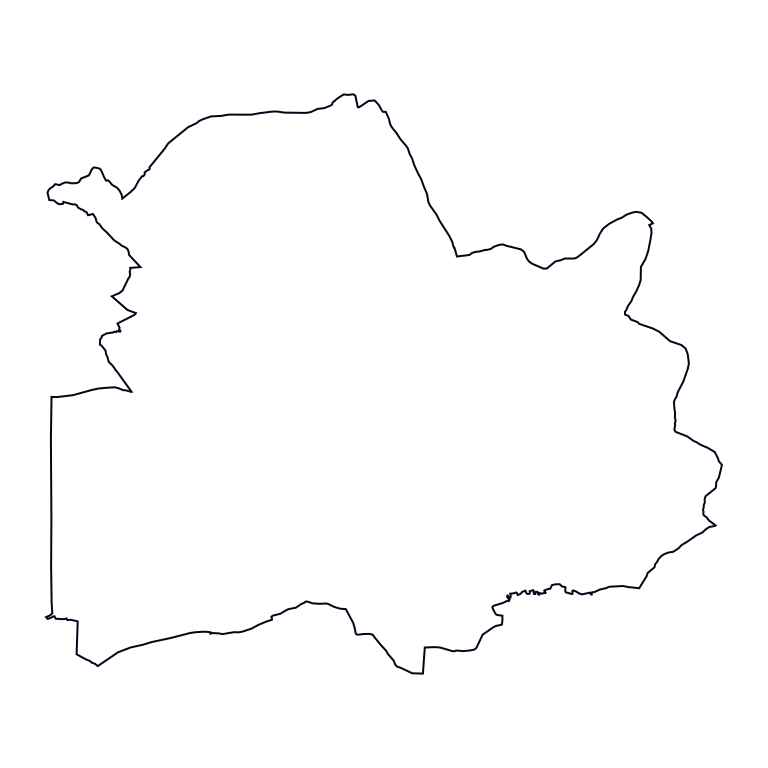 outline of Rosiori, Bacau, Romania
{"feature_id": "2599482B59078130680921", "entity_name": "Rosiori", "entity_type": "district", "adm_level": 2, "iso_a3": "ROU", "parent_name": "Romania", "parent_adm1": "Bacau", "projection": "robinson", "projection_center": [27.105, 46.732], "detail": "fine", "context": "isolated", "style": "outline", "palette": "ink", "viewbox_px": 768, "rotation_deg": 0, "n_neighbors": 0, "source": "geoboundaries", "source_scale": "gbopen_adm2", "svg_char_len": 6047}
<svg xmlns="http://www.w3.org/2000/svg" viewBox="0 0 768 768"><path d="M715.6,525.4L709.6,521.0L707.8,519.1L707.3,518.0L703.9,515.3L703.3,514.2L703.5,511.6L703.0,509.4L703.7,507.4L703.8,504.8L704.7,502.9L704.8,501.9L704.6,499.8L705.4,496.4L715.5,488.2L715.9,487.5L716.3,482.1L718.9,477.5L721.9,465.1L721.7,464.6L718.9,461.3L717.8,458.0L714.8,452.1L707.8,447.9L700.6,444.8L696.5,442.2L693.5,440.9L687.2,436.4L675.9,432.0L674.8,430.8L674.4,429.8L675.1,425.3L674.8,423.1L675.6,421.5L674.9,416.9L675.1,412.2L674.6,410.1L673.9,402.0L674.6,400.0L676.6,396.4L677.7,392.4L683.4,381.3L687.9,368.5L688.9,363.3L687.7,354.1L685.6,348.5L681.3,345.0L670.1,341.2L659.2,331.7L652.6,328.4L639.2,323.9L637.6,322.1L630.8,319.5L628.7,316.1L625.0,314.5L625.0,311.8L626.2,310.2L627.8,306.3L631.5,300.9L632.8,297.4L636.3,291.3L639.2,284.9L640.7,279.9L640.9,266.9L645.6,258.8L648.2,251.0L650.7,238.4L651.5,232.6L651.2,228.5L649.2,225.1L652.9,223.3L652.0,221.9L647.2,217.4L641.5,212.7L635.7,211.8L631.4,212.9L626.3,214.8L621.8,217.7L617.1,219.5L609.1,223.9L604.2,227.7L602.7,229.2L599.7,234.0L597.0,240.0L593.7,244.1L579.4,255.7L576.9,257.5L574.3,258.5L564.8,258.5L560.8,260.2L555.3,261.5L546.9,268.5L543.4,268.6L532.1,263.7L529.1,261.6L527.1,259.0L524.1,251.8L520.7,249.3L506.1,245.7L503.3,244.5L500.9,244.6L497.5,245.4L493.1,247.1L491.4,248.6L489.8,249.2L486.5,250.0L485.0,249.9L480.0,251.4L475.4,251.9L472.2,252.9L469.3,255.0L456.9,256.5L455.6,251.5L454.4,247.8L454.1,247.9L453.1,245.4L452.5,242.5L449.3,235.9L439.8,221.1L436.4,214.4L430.2,205.8L428.4,202.1L427.1,194.4L426.1,191.8L424.0,186.9L421.1,178.9L418.3,173.9L414.2,165.1L412.2,158.7L409.7,154.0L407.9,148.6L406.5,146.3L400.3,139.0L396.3,132.7L392.9,128.7L391.0,125.9L389.9,123.3L389.0,119.0L385.8,111.9L383.1,111.9L381.9,110.6L378.8,105.0L374.7,100.5L368.6,100.9L360.3,106.5L358.8,107.3L357.8,107.2L355.4,95.8L353.7,94.4L352.4,94.4L348.3,94.9L344.8,94.5L343.2,94.7L338.1,98.0L335.4,100.1L334.9,100.9L334.4,100.9L332.4,102.9L332.0,104.7L330.4,105.6L324.4,108.1L317.7,108.9L310.6,112.1L306.4,112.9L283.9,112.6L277.1,111.5L272.3,111.6L260.8,113.0L251.2,114.7L230.6,114.6L228.0,114.7L221.3,115.9L211.1,116.4L202.5,119.4L199.0,121.1L196.6,123.1L188.1,127.2L168.2,143.4L164.8,148.5L149.5,167.3L149.5,169.4L148.0,170.0L144.7,172.3L144.8,174.0L143.9,175.5L143.4,176.1L142.1,176.2L138.6,180.7L134.8,187.9L130.5,192.1L122.3,198.6L121.7,194.8L119.4,190.4L117.0,187.7L112.1,184.8L108.9,181.0L107.7,180.3L106.1,180.7L103.8,176.6L102.2,172.6L100.6,169.5L99.4,168.5L94.5,167.4L92.9,168.0L91.7,169.6L88.9,175.4L81.1,178.5L79.1,181.9L77.3,182.9L74.0,183.3L70.3,183.2L69.5,182.7L65.4,182.4L61.1,184.1L60.0,185.1L55.2,184.2L52.7,186.8L51.0,187.7L48.6,190.0L47.5,192.7L49.3,200.0L54.1,200.5L56.7,202.9L59.0,204.1L60.6,204.2L63.1,203.7L63.3,201.9L72.6,204.4L75.5,204.5L76.9,205.2L77.9,207.5L81.4,209.5L83.0,209.8L84.2,211.1L86.7,212.3L88.0,215.2L93.0,214.0L95.7,218.3L96.6,221.8L97.5,222.9L99.8,224.6L101.4,227.2L103.0,229.0L106.9,232.5L114.2,240.4L119.4,243.7L122.0,245.9L124.9,247.1L126.9,248.5L127.6,249.3L128.5,251.3L129.2,255.1L140.5,267.1L130.2,267.9L130.3,269.6L129.7,271.8L130.2,274.9L129.3,277.4L128.3,278.6L122.5,290.6L119.3,293.1L111.8,296.3L127.5,310.0L135.9,313.1L135.6,313.8L134.2,315.0L117.5,323.5L119.6,327.8L119.1,329.5L120.5,330.8L120.2,331.6L116.6,331.2L116.2,332.0L114.1,331.8L113.7,332.3L106.4,333.5L102.1,335.8L101.2,338.3L100.1,339.3L99.9,344.7L101.5,345.5L105.5,350.6L106.2,354.7L107.3,356.6L108.7,361.9L111.9,364.9L114.5,368.2L115.3,369.7L117.8,372.7L131.6,391.8L131.2,391.9L126.2,390.4L123.0,390.1L118.2,388.1L114.8,387.3L107.8,387.7L98.5,388.5L92.1,389.9L72.9,395.2L56.7,397.1L51.5,396.9L50.9,439.2L51.4,518.9L51.1,566.5L51.6,602.0L52.3,613.3L50.0,615.4L46.1,617.1L47.7,618.9L51.5,617.6L52.8,616.5L54.5,616.3L55.0,617.7L56.1,618.9L58.5,618.8L61.0,619.2L62.1,618.9L63.8,619.2L66.6,618.5L67.2,620.0L70.9,619.8L77.7,621.4L76.6,654.3L85.6,659.2L90.1,661.1L91.7,662.6L95.1,663.9L97.8,666.1L117.8,652.4L130.8,647.4L142.7,644.8L151.9,642.0L171.1,637.9L190.2,633.0L194.6,632.3L203.5,631.7L207.3,631.9L210.5,632.3L210.4,633.6L212.5,633.0L218.8,633.4L222.5,634.1L234.0,632.2L239.2,632.3L242.8,631.5L251.3,628.7L258.6,624.8L265.7,621.8L271.9,619.8L271.9,618.5L271.4,616.7L273.0,615.6L280.2,613.8L286.8,609.9L288.7,609.1L295.8,607.7L301.3,604.0L304.2,602.8L305.9,601.5L307.1,601.5L312.9,603.4L319.7,603.8L325.9,603.5L327.8,603.8L334.3,606.9L338.4,608.2L341.1,608.8L345.8,609.1L353.2,622.9L354.8,628.4L355.5,632.5L356.1,634.1L357.3,634.6L358.8,634.6L364.0,634.0L369.8,633.9L372.8,634.8L374.4,637.1L381.0,645.2L386.1,650.7L388.0,654.1L393.6,660.5L395.3,664.7L396.9,666.5L400.1,667.6L412.3,673.3L422.9,673.6L424.8,647.5L434.7,647.1L440.0,647.5L452.7,651.2L454.7,651.2L456.1,650.5L462.9,651.1L468.9,650.6L473.5,649.8L475.5,648.8L476.6,647.5L482.6,634.7L493.3,627.3L495.8,626.0L501.9,624.6L502.4,620.5L502.4,615.7L497.3,615.0L496.0,614.3L495.3,613.5L492.8,608.6L492.4,606.9L493.9,605.7L502.8,603.0L507.5,600.7L508.8,601.1L509.6,599.7L507.1,596.8L507.5,595.6L509.7,597.4L510.5,597.5L510.7,595.7L510.2,593.7L512.9,593.5L516.3,592.5L516.8,592.9L517.7,595.0L520.7,593.8L522.0,592.0L525.4,590.7L526.5,593.4L527.5,594.0L529.5,593.8L529.9,592.9L529.7,591.2L533.3,590.2L533.7,591.1L533.7,592.8L534.1,594.0L535.3,594.0L535.5,592.3L536.1,591.7L537.6,592.1L538.2,594.3L539.0,594.8L539.4,594.6L539.5,593.0L542.1,593.7L543.6,593.1L545.2,593.1L545.6,592.5L544.2,590.8L544.4,590.4L548.2,589.0L550.2,588.7L552.0,585.1L555.6,584.3L559.7,584.2L562.0,586.5L565.1,587.0L565.4,587.5L565.3,591.5L565.8,592.3L571.7,594.0L572.5,593.8L572.4,590.9L573.4,590.4L576.4,591.7L578.7,593.2L582.0,594.4L590.1,592.6L590.8,594.2L591.6,594.6L592.2,592.3L594.3,592.1L599.7,589.6L606.5,588.0L608.2,587.1L610.1,586.7L622.9,586.0L628.5,587.1L639.2,588.2L646.6,576.2L647.7,572.8L649.6,571.6L650.1,570.8L654.4,567.4L655.4,563.8L657.0,562.0L658.7,558.8L661.4,556.0L663.9,554.3L668.1,552.6L673.1,551.8L678.2,548.6L681.7,545.0L687.1,541.8L696.2,535.4L702.2,532.6L706.3,528.9L709.6,526.9L714.8,526.0L715.6,525.4Z" fill="none" stroke="#020617" stroke-width="2"/></svg>